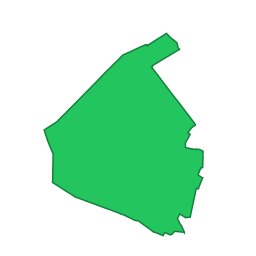 Berveni, Satu Mare, Romania (Mercator projection), rotated 280°
{"feature_id": "2599482B34998434361639", "entity_name": "Berveni", "entity_type": "district", "adm_level": 2, "iso_a3": "ROU", "parent_name": "Romania", "parent_adm1": "Satu Mare", "projection": "mercator", "projection_center": [22.481, 47.774], "detail": "fine", "context": "isolated", "style": "filled", "palette": "green", "viewbox_px": 256, "rotation_deg": 280, "n_neighbors": 0, "source": "geoboundaries", "source_scale": "gbopen_adm2", "svg_char_len": 3164}
<svg xmlns="http://www.w3.org/2000/svg" viewBox="0 0 256 256"><g transform="rotate(280 128 128)"><path d="M214.4,165.1L215.6,163.6L215.8,163.3L217.1,162.8L217.9,162.5L219.3,162.0L220.3,161.3L221.1,160.3L224.5,154.1L226.2,151.7L226.9,150.7L227.9,149.4L225.7,147.1L222.8,143.9L220.0,140.8L217.1,137.6L215.4,135.8L213.4,133.6L212.4,132.5L213.2,132.4L213.2,131.0L211.0,127.8L208.8,124.5L206.5,121.2L205.0,119.1L203.4,116.8L201.1,113.4L198.9,110.2L195.8,108.1L192.5,105.9L189.6,103.7L186.3,101.4L182.3,98.6L180.0,96.9L177.7,95.3L175.8,94.1L175.3,93.7L173.2,92.3L170.0,90.1L168.8,89.4L166.7,87.9L163.4,85.7L160.1,83.4L156.2,80.7L152.9,78.4L149.5,76.1L146.1,73.7L142.4,71.2L138.3,68.3L136.7,67.1L134.9,65.9L133.7,65.1L130.9,63.3L128.6,61.5L125.3,59.2L121.9,57.0L118.9,53.8L116.9,51.6L114.2,48.7L111.5,45.8L108.5,47.3L105.7,48.9L103.2,50.2L101.1,51.3L100.5,51.7L97.8,53.4L95.1,55.1L92.5,56.8L90.0,58.4L89.8,58.8L87.3,59.1L84.3,59.6L80.4,60.2L77.8,60.6L74.9,61.0L70.8,61.7L69.1,62.0L65.3,62.6L61.2,63.2L59.9,66.5L58.6,69.7L56.9,73.6L55.4,77.0L53.9,80.9L52.4,84.6L50.8,88.3L50.6,89.4L50.5,90.7L49.9,93.8L49.2,97.7L48.7,100.0L48.4,102.0L48.1,103.8L47.8,105.5L47.1,109.4L46.3,113.4L45.6,117.4L44.9,121.3L44.3,125.2L43.5,129.2L43.2,130.9L42.8,133.2L42.0,135.9L42.1,136.6L41.9,137.1L41.5,139.5L40.6,142.6L40.0,144.7L39.2,147.7L38.3,150.5L38.2,152.5L38.2,153.3L38.2,154.7L36.8,157.5L35.4,160.2L34.3,162.6L33.1,165.1L31.5,168.4L29.9,171.4L30.0,172.5L30.0,172.8L29.4,175.4L28.7,178.7L28.4,180.3L28.1,181.3L29.8,181.8L30.9,182.1L31.4,182.4L31.0,184.1L30.3,187.2L30.1,188.3L31.4,190.1L33.2,191.0L34.2,192.1L34.4,192.7L34.6,194.0L34.7,196.4L34.8,197.9L34.8,198.3L35.0,200.4L34.9,201.2L34.6,201.6L35.0,201.5L35.4,201.4L36.1,201.0L38.6,199.3L39.6,198.5L40.3,198.1L40.7,197.9L41.6,197.0L41.8,196.8L42.1,196.4L42.6,196.0L43.6,195.2L44.0,194.9L44.4,194.6L45.5,193.8L45.6,193.7L46.4,193.1L47.2,192.5L47.3,192.4L48.7,192.8L52.3,193.8L51.0,197.2L49.6,200.6L50.2,201.5L51.0,204.7L52.3,204.8L53.9,204.8L60.5,205.0L66.6,205.2L70.0,205.4L79.6,205.7L80.2,205.7L80.3,208.0L81.8,208.0L86.3,209.0L87.9,209.3L89.9,209.7L92.0,210.2L92.1,209.3L92.8,207.9L93.2,206.9L93.7,205.3L93.9,205.2L95.4,205.4L97.0,205.8L97.6,205.9L98.1,205.9L98.4,205.8L98.8,205.7L99.2,206.1L99.6,206.5L99.9,206.7L100.8,206.6L101.4,206.4L101.5,207.0L101.9,208.4L105.8,207.8L112.1,207.0L112.1,206.8L115.6,206.3L117.6,206.1L117.9,206.0L118.2,205.9L118.3,205.8L118.3,205.6L118.4,205.2L119.3,202.2L119.3,201.8L119.0,198.2L118.5,198.2L118.5,193.1L118.6,190.5L118.8,187.9L121.4,187.5L123.5,187.1L130.1,189.5L132.6,190.3L132.9,189.6L133.1,189.2L133.6,187.9L135.1,188.5L136.9,189.3L138.6,190.2L138.9,190.4L140.7,191.9L141.4,192.6L141.9,193.4L142.2,193.8L143.1,193.6L143.6,193.2L144.7,192.2L146.6,190.1L149.7,186.8L153.6,182.6L154.0,182.1L154.6,181.5L158.3,177.5L162.8,172.5L166.7,168.1L171.0,163.3L174.6,159.6L177.7,156.2L181.5,152.1L185.5,147.9L186.7,146.5L190.7,142.1L190.9,141.8L191.4,141.3L191.9,140.7L192.2,141.0L192.3,141.4L192.5,141.5L193.4,141.3L193.6,141.3L194.1,141.8L194.6,142.3L195.5,143.3L196.4,144.4L199.2,147.6L202.1,150.9L204.8,154.0L208.3,158.1L214.4,165.1Z" fill="#22c55e" stroke="#15803d" stroke-width="1.5"/></g></svg>